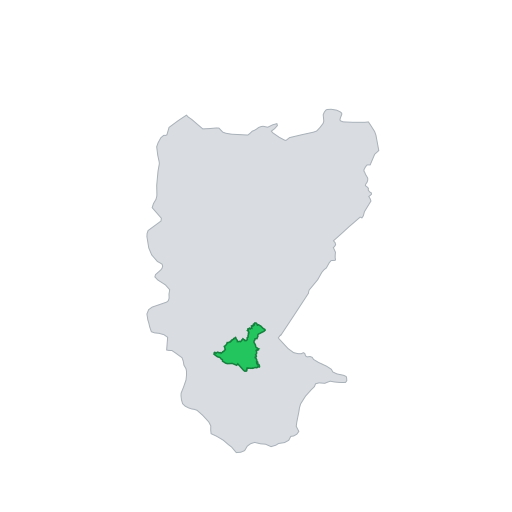 Tuy, Tuy, Burkina Faso (highlighted), rotated 304°
{"feature_id": "67063806B52798800731394", "entity_name": "Tuy", "entity_type": "district", "adm_level": 2, "iso_a3": "BFA", "parent_name": "Burkina Faso", "parent_adm1": "Tuy", "projection": "natural_earth1", "projection_center": [-3.482, 11.43], "detail": "fine", "context": "in_parent", "style": "filled", "palette": "green", "viewbox_px": 512, "rotation_deg": 304, "n_neighbors": 0, "source": "geoboundaries", "source_scale": "gbopen_adm2", "svg_char_len": 8442}
<svg xmlns="http://www.w3.org/2000/svg" viewBox="0 0 512 512"><g transform="rotate(304 256 256)"><path d="M364.7,320.6L353.4,321.1L349.3,322.5L346.8,322.5L346.7,321.3L346.4,320.6L332.1,316.7L322.1,314.3L311.9,311.7L311.3,314.1L309.9,315.7L307.7,315.8L306.2,315.4L305.1,317.3L303.5,319.8L301.1,321.1L298.8,322.6L297.5,323.9L296.6,324.0L294.2,320.8L291.2,320.5L285.4,321.0L282.8,320.1L279.2,319.7L270.9,320.4L257.5,319.1L255.3,319.8L254.7,320.3L241.5,320.5L226.9,320.7L214.7,320.8L204.0,320.9L204.0,320.4L200.6,320.3L200.2,321.4L197.2,334.2L196.9,341.1L198.5,345.4L200.3,348.2L202.3,349.3L202.5,350.9L200.9,352.9L201.0,354.9L202.9,357.0L203.4,359.3L202.4,361.6L202.7,367.2L204.1,376.1L204.2,381.9L202.8,384.5L203.5,389.0L206.1,395.4L206.5,398.1L205.6,399.3L203.4,401.0L201.2,400.9L198.6,397.1L197.5,395.3L195.4,391.4L193.7,387.5L191.3,385.8L188.9,384.2L186.1,379.2L183.3,376.8L180.4,377.5L176.1,376.6L167.5,375.4L158.3,375.7L154.5,376.9L150.7,378.7L141.1,382.7L137.3,384.6L134.5,389.6L131.2,389.5L127.9,387.9L125.9,385.7L121.5,386.2L117.3,384.0L113.2,379.6L110.2,378.2L106.4,375.1L105.3,369.1L102.9,364.9L100.7,359.1L97.4,356.5L93.5,355.1L88.3,355.4L84.8,353.1L82.0,349.6L82.8,346.7L84.0,342.5L84.2,338.5L85.0,331.9L84.5,323.8L83.6,318.1L86.5,315.7L89.9,313.5L92.0,309.7L94.1,301.0L95.1,293.4L94.4,290.7L93.3,288.4L92.4,285.2L91.9,281.2L92.5,277.8L95.1,274.6L98.3,271.9L100.5,270.6L106.6,269.3L114.1,267.3L118.4,265.0L121.6,262.8L123.4,261.0L125.2,257.3L128.1,254.5L130.3,251.6L130.6,243.7L130.6,239.1L129.0,236.6L128.1,234.5L139.2,228.2L139.3,223.8L137.7,218.9L135.6,215.0L134.7,211.6L137.8,207.5L140.6,204.5L142.6,202.0L146.9,198.0L151.5,197.0L155.6,198.5L167.8,207.7L169.9,208.3L172.4,207.6L175.7,205.2L179.8,203.3L181.4,197.1L181.2,188.0L182.1,183.9L184.3,183.1L191.4,184.9L193.2,185.0L195.2,184.4L196.7,182.8L196.6,179.9L196.3,177.3L198.6,168.9L202.7,162.6L211.1,154.7L213.8,153.1L216.8,152.3L231.9,157.7L234.4,156.4L238.0,142.9L242.1,141.7L247.0,141.4L250.2,140.3L251.8,139.3L259.0,134.2L271.6,127.3L278.4,124.3L279.8,123.2L284.6,118.2L291.0,112.6L295.2,111.5L300.8,111.0L304.4,112.0L305.4,113.6L306.6,114.4L314.0,112.0L324.7,115.8L333.9,119.6L333.3,122.0L333.3,126.2L332.5,132.9L331.6,140.8L335.5,146.0L340.0,151.6L341.3,153.7L340.1,159.2L340.9,162.4L343.4,167.8L347.5,174.6L351.7,181.6L354.6,182.5L357.4,183.1L359.1,184.3L361.6,185.5L364.0,186.3L366.2,187.9L367.5,189.3L369.3,193.7L374.1,196.5L377.4,199.3L376.1,200.8L371.9,200.2L368.1,198.9L367.5,201.0L367.4,208.9L368.1,215.5L369.0,216.4L372.9,217.6L382.2,226.2L390.7,234.3L393.5,236.4L398.2,237.2L403.4,237.5L405.7,236.8L410.7,232.7L413.4,232.2L415.9,232.3L417.2,233.0L419.7,236.3L422.0,241.3L422.6,245.1L422.4,247.0L421.7,247.8L417.5,248.8L415.7,249.5L415.3,250.6L415.9,253.1L416.8,254.7L421.3,262.0L427.9,271.7L430.0,274.2L428.8,277.2L425.5,284.8L423.1,288.0L412.1,298.8L406.7,297.5L395.4,299.7L393.7,297.2L391.0,296.9L387.8,297.3L386.6,298.2L386.2,299.3L385.1,300.8L383.0,305.1L381.4,306.2L379.4,306.8L376.9,306.8L375.5,307.3L375.4,309.4L375.0,311.3L373.4,312.2L372.7,314.3L372.8,316.3L371.8,317.2L369.7,316.7L368.4,316.2L367.2,318.8L365.8,320.6L364.7,320.6Z" fill="#d9dde1" stroke="#a8b0b8" stroke-width="1"/><path d="M168.2,280.6L167.9,280.7L167.6,280.6L167.2,280.9L165.6,280.9L164.4,280.7L163.3,280.2L163.2,280.3L163.1,280.5L162.9,280.8L162.8,281.2L162.3,281.6L162.1,281.9L161.8,282.1L161.6,282.5L161.3,282.7L161.1,283.0L160.7,282.7L160.1,282.5L159.6,282.5L159.3,282.7L158.9,282.7L158.7,282.6L158.5,282.4L158.4,282.2L158.2,282.2L158.0,281.9L157.3,281.9L155.9,281.5L156.0,281.4L156.1,281.1L155.9,280.3L155.3,279.9L155.3,279.6L155.0,279.2L155.1,278.9L154.9,278.0L154.4,277.7L154.0,277.5L153.5,277.5L153.3,277.4L152.9,277.2L153.1,276.4L153.2,276.1L153.1,275.9L153.0,275.6L152.8,275.6L152.7,275.5L152.2,275.5L151.9,275.7L151.6,275.9L151.4,276.0L151.2,276.0L151.3,276.5L151.1,276.8L151.0,277.1L150.9,280.0L151.0,280.5L151.0,281.0L151.1,281.3L151.4,281.8L151.7,283.3L151.2,284.3L151.1,284.7L151.1,285.0L151.3,285.9L151.3,286.1L150.1,287.0L150.1,287.6L150.2,289.9L150.1,290.5L150.7,292.4L153.7,296.5L154.6,301.1L156.4,301.2L154.3,309.6L154.2,311.0L154.6,311.4L154.7,311.7L154.8,312.1L155.4,312.3L155.5,312.5L155.8,312.5L156.1,312.3L156.2,311.9L156.6,312.0L156.7,311.8L157.1,311.7L157.5,311.5L157.8,311.3L157.9,311.7L158.1,311.9L158.5,311.7L158.6,311.8L158.5,312.1L158.7,312.5L158.9,312.5L159.0,312.8L159.4,313.3L159.5,313.5L159.7,313.8L159.7,314.1L159.8,314.3L160.0,314.5L160.3,314.9L160.7,315.4L160.7,315.5L160.9,315.6L160.9,315.8L161.2,315.9L161.2,316.1L161.4,316.3L161.5,316.5L162.0,316.8L162.5,317.1L163.0,317.7L163.2,317.8L163.3,318.1L163.7,318.6L163.7,318.8L163.8,318.8L163.9,319.2L164.2,319.3L164.8,319.7L165.2,319.5L165.4,319.8L165.9,320.0L165.9,320.3L165.7,320.3L165.9,320.9L166.3,320.8L166.5,320.6L166.4,320.6L166.4,320.3L166.5,320.3L166.8,320.3L166.9,320.2L167.3,319.7L167.3,319.4L167.4,319.2L167.5,319.1L167.7,318.7L167.4,318.1L167.2,318.3L166.9,318.4L166.6,318.1L167.0,317.7L167.0,317.4L167.2,317.2L167.3,317.3L167.3,317.2L167.5,317.3L167.8,317.2L168.0,317.2L168.0,316.9L167.8,316.8L167.7,316.6L168.2,315.9L168.5,315.6L168.8,315.8L168.5,316.0L168.8,316.5L168.8,316.9L169.0,316.8L169.1,316.0L170.0,314.8L170.5,314.5L170.8,313.8L171.0,313.6L171.0,313.4L171.2,313.2L171.2,312.9L171.1,312.5L171.3,312.1L171.5,312.1L171.8,311.9L172.4,312.5L173.0,312.5L173.2,312.4L173.6,311.7L173.7,311.3L173.8,310.9L174.6,310.9L175.2,311.1L176.1,310.7L177.0,309.9L177.3,309.6L177.6,309.0L177.8,308.9L178.1,308.9L178.3,309.0L178.7,309.3L178.7,309.5L178.9,309.5L178.9,309.9L179.0,309.9L179.1,310.2L179.3,310.3L179.5,310.4L179.5,310.1L179.8,309.7L180.2,309.8L180.4,309.9L180.3,309.6L180.5,308.6L180.3,308.1L180.3,307.4L180.5,306.8L180.7,306.5L181.9,305.3L182.2,304.8L183.2,302.7L183.4,302.5L183.7,302.3L184.7,301.9L185.9,302.0L186.3,301.7L186.7,301.4L187.6,302.3L187.9,302.7L188.0,303.0L188.5,302.9L189.1,302.7L190.5,302.5L191.2,301.8L191.7,301.6L192.0,301.6L192.7,301.7L193.2,301.9L193.6,302.3L193.9,302.5L195.3,303.1L195.9,303.6L196.2,303.6L196.4,303.8L196.9,304.1L197.1,304.2L197.6,304.5L198.3,304.8L198.6,304.9L199.0,304.8L199.5,305.0L199.6,304.9L199.7,305.0L199.9,304.8L200.1,304.3L200.1,303.7L199.9,302.7L200.0,302.1L200.3,300.8L200.3,300.4L200.6,299.3L200.6,298.7L200.4,297.8L200.5,296.6L200.4,296.5L200.1,296.2L199.9,296.2L199.5,296.1L199.4,295.9L199.5,295.5L200.0,295.1L200.2,294.7L200.4,294.3L200.5,293.7L200.2,293.0L199.9,292.6L199.6,292.6L199.6,292.4L199.4,292.4L199.2,292.6L198.9,292.7L198.7,292.5L198.5,292.3L198.3,292.1L198.0,292.0L197.8,292.2L197.8,292.3L198.1,292.8L198.1,293.0L197.7,293.1L197.3,293.0L197.2,293.0L196.9,292.7L196.7,292.7L196.7,292.4L196.5,292.0L195.9,291.6L195.7,291.5L195.7,291.9L195.7,292.2L195.1,291.8L194.8,291.8L194.4,292.2L194.1,292.2L194.0,292.6L193.7,292.7L193.8,292.9L193.7,293.0L193.6,292.8L193.4,292.5L193.4,292.3L192.9,292.1L192.6,292.1L192.3,292.1L192.2,291.5L192.2,291.4L192.5,291.2L192.5,290.9L192.0,291.0L191.8,290.7L191.6,290.5L191.5,290.4L191.3,290.7L191.1,290.7L190.9,290.2L190.5,290.5L190.2,290.4L189.8,290.5L190.0,290.9L189.9,291.3L189.6,291.4L189.4,291.2L189.4,291.3L189.3,291.6L189.2,291.8L189.1,292.1L188.9,292.2L188.8,292.6L188.4,292.7L188.5,292.8L188.4,292.9L188.2,292.9L187.9,293.0L187.7,293.1L187.6,293.3L187.4,293.4L187.1,293.3L186.8,293.5L186.7,293.6L186.2,293.7L185.8,293.8L185.5,294.1L185.2,294.1L185.0,294.3L184.8,294.6L184.7,294.6L184.4,294.8L183.9,294.6L183.7,294.6L183.4,294.4L183.2,294.4L182.5,294.9L182.2,295.2L182.1,295.3L181.9,295.5L181.5,295.4L180.8,295.4L180.6,295.3L180.4,295.2L180.3,294.8L179.9,294.6L179.6,294.2L179.6,293.9L180.0,293.6L180.1,293.4L179.9,293.0L179.9,292.5L180.0,292.2L180.1,291.4L179.5,291.4L179.3,291.5L178.9,291.5L178.7,291.2L178.2,291.3L177.2,291.3L176.2,290.9L176.3,290.4L176.2,290.2L175.4,289.5L175.2,289.4L174.6,288.4L174.8,288.3L175.2,288.2L175.5,287.8L175.7,287.5L175.8,286.9L175.8,286.6L176.0,286.2L176.2,285.9L176.3,285.7L176.6,285.4L176.9,285.0L177.0,284.8L177.1,284.6L176.7,284.4L176.5,284.6L176.0,284.5L175.4,283.9L175.2,283.7L175.1,283.8L175.0,284.0L174.8,284.0L174.8,283.9L174.6,283.9L174.3,283.7L173.9,283.6L173.6,283.4L173.6,283.5L173.3,283.4L173.5,283.3L173.4,283.2L172.8,283.1L172.3,282.8L171.9,283.0L171.6,283.1L171.3,283.0L171.5,282.8L171.4,282.7L171.2,282.8L171.0,282.6L170.6,282.7L170.5,282.4L170.4,282.4L170.3,282.6L170.2,282.6L169.9,282.4L169.6,282.1L169.5,281.9L169.2,281.8L169.1,281.7L168.4,281.1L168.2,280.6Z" fill="#22c55e" stroke="#15803d" stroke-width="1.5"/></g></svg>